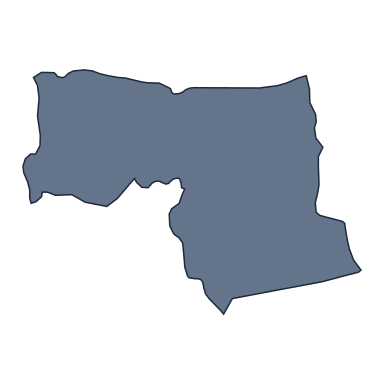 Quamishli, Hasaka (Al Haksa), Syria
{"feature_id": "27442178B53577550578456", "entity_name": "Quamishli", "entity_type": "district", "adm_level": 2, "iso_a3": "SYR", "parent_name": "Syria", "parent_adm1": "Hasaka (Al Haksa)", "projection": "mercator", "projection_center": [41.203, 36.804], "detail": "fine", "context": "isolated", "style": "filled", "palette": "slate", "viewbox_px": 384, "rotation_deg": 0, "n_neighbors": 0, "source": "geoboundaries", "source_scale": "gbopen_adm2", "svg_char_len": 2623}
<svg xmlns="http://www.w3.org/2000/svg" viewBox="0 0 384 384"><path d="M223.6,314.1L230.2,302.4L230.4,302.0L232.2,298.9L232.3,298.6L245.5,296.1L274.6,290.6L321.1,281.9L321.5,281.8L321.8,281.8L328.7,280.0L338.6,277.4L339.1,277.2L357.5,272.4L358.7,272.1L361.0,270.1L360.6,269.6L353.5,259.9L349.2,248.5L347.1,238.9L345.3,227.9L344.7,223.3L342.5,221.4L332.4,218.7L326.3,217.2L319.6,215.3L316.2,212.3L315.3,202.7L317.8,192.4L319.0,184.8L318.4,167.2L318.4,156.5L322.9,147.3L315.9,138.1L314.4,127.8L316.2,122.1L315.6,114.4L309.8,102.5L309.5,89.1L306.2,75.7L301.6,77.0L298.6,77.9L298.3,78.0L297.5,78.3L286.4,83.1L281.7,84.4L280.4,84.8L276.8,85.8L276.6,85.8L274.6,86.1L272.6,86.3L263.1,87.5L259.5,88.0L234.4,87.9L231.9,87.9L225.0,87.8L220.0,87.8L218.4,87.8L213.1,87.8L194.4,87.7L189.8,88.1L189.7,88.1L187.8,88.9L185.7,89.7L183.5,91.6L183.1,91.9L179.5,93.5L178.8,93.6L178.7,93.6L178.4,93.6L175.5,93.9L173.9,94.0L172.1,92.8L171.9,92.7L171.6,91.7L170.7,89.1L170.4,88.9L169.6,88.1L163.7,85.3L159.1,83.1L158.1,83.1L156.8,83.1L155.7,83.0L148.1,82.8L147.8,82.8L147.1,82.7L144.3,82.3L144.2,82.3L143.7,82.3L143.7,82.2L142.4,82.1L140.8,81.7L133.5,80.0L133.2,79.9L128.3,78.7L125.8,78.1L117.5,77.4L108.7,75.8L107.9,75.6L99.4,73.6L98.3,73.1L97.1,72.7L96.9,72.6L93.9,71.5L92.6,70.9L91.0,70.7L89.6,70.6L88.3,70.4L83.8,69.9L73.2,71.0L68.5,73.3L64.7,77.0L63.6,77.3L62.4,77.7L59.3,77.0L58.8,76.9L58.7,76.9L58.4,76.8L57.4,76.6L56.5,75.2L55.7,74.1L54.7,73.3L54.0,72.7L51.8,72.6L47.3,72.5L42.9,72.4L41.6,72.4L40.7,72.9L36.5,75.6L34.4,76.9L33.5,77.5L36.8,84.1L37.5,85.6L37.9,88.8L39.1,98.0L38.0,110.3L37.5,116.1L38.4,122.1L40.3,135.3L40.0,145.7L38.1,149.3L35.7,154.0L30.6,154.0L25.3,158.9L24.3,162.2L23.0,166.0L23.7,172.6L27.6,181.8L29.7,189.8L29.7,197.9L30.9,202.6L31.1,203.3L35.2,202.0L35.7,201.9L38.7,199.3L41.6,196.7L42.3,192.1L47.4,192.1L55.6,195.3L62.9,195.0L71.9,194.7L81.3,200.0L85.0,202.2L106.6,206.4L106.8,206.5L117.4,198.4L130.9,182.6L134.5,178.5L136.6,182.4L141.9,187.3L147.6,187.7L148.1,187.7L149.9,185.7L152.0,183.2L155.1,181.5L156.8,181.2L159.5,181.2L161.3,182.2L165.8,184.1L168.6,183.4L170.1,181.7L171.6,180.5L172.2,180.0L173.2,179.0L174.9,178.7L177.3,178.0L178.8,178.5L179.9,179.3L180.0,179.9L181.1,183.4L181.4,186.5L181.6,187.7L184.7,189.1L182.3,194.3L181.0,198.0L179.0,203.5L174.0,207.1L171.6,208.8L169.2,214.2L169.8,226.0L172.9,232.2L173.8,234.0L175.3,235.1L179.0,237.8L180.5,239.9L182.6,242.8L182.9,245.3L183.8,254.6L184.8,267.1L187.5,275.9L189.0,277.8L194.8,278.7L198.0,278.7L201.3,279.9L202.8,282.5L203.9,288.2L205.5,293.8L209.5,299.1L220.9,310.8L223.6,314.1L223.6,314.1Z" fill="#64748b" stroke="#1e293b" stroke-width="1.5"/></svg>